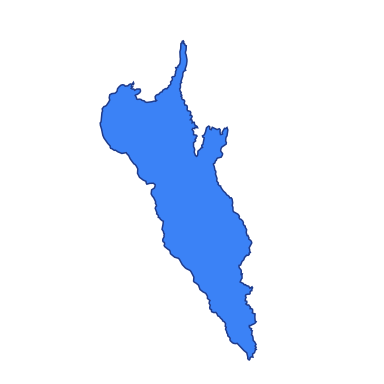 Ponte Alta do Bom Jesus, Tocantins, Brazil, rotated 289°
{"feature_id": "56859067B8976665004263", "entity_name": "Ponte Alta do Bom Jesus", "entity_type": "district", "adm_level": 2, "iso_a3": "BRA", "parent_name": "Brazil", "parent_adm1": "Tocantins", "projection": "albers", "projection_center": [-46.566, -12.067], "detail": "fine", "context": "isolated", "style": "filled", "palette": "blue", "viewbox_px": 384, "rotation_deg": 289, "n_neighbors": 0, "source": "geoboundaries", "source_scale": "gbopen_adm2", "svg_char_len": 6058}
<svg xmlns="http://www.w3.org/2000/svg" viewBox="0 0 384 384"><g transform="rotate(289 192 192)"><path d="M64.1,304.0L64.5,302.8L66.1,303.2L66.9,301.8L68.7,302.2L70.7,300.0L71.6,298.2L74.5,296.9L75.7,296.0L76.4,294.8L78.0,294.6L79.3,294.1L80.4,294.2L80.7,292.8L82.2,292.7L82.2,291.2L83.1,290.0L84.4,289.7L84.6,290.8L85.6,291.5L87.5,293.5L88.9,294.5L90.3,294.9L90.6,293.7L94.3,292.1L97.3,291.3L97.2,289.9L97.5,288.3L99.1,288.2L100.8,287.4L101.1,286.1L100.7,284.9L102.2,284.7L102.8,283.5L103.7,282.4L103.1,281.2L103.7,279.4L105.0,280.0L106.5,279.4L106.5,277.7L108.7,277.3L110.0,277.5L111.0,276.3L112.5,276.5L113.5,277.9L114.0,279.4L114.8,280.0L116.3,279.5L117.5,279.7L118.2,280.7L119.9,280.2L121.1,280.5L121.9,279.6L119.9,278.1L121.4,276.2L121.2,273.9L121.8,272.8L121.3,271.5L122.2,270.3L122.6,266.8L125.6,267.0L126.8,267.4L129.7,266.3L130.8,266.2L130.1,265.3L133.4,264.3L134.4,263.6L135.7,261.4L136.8,260.7L138.0,260.4L138.7,261.7L142.6,261.9L144.8,263.0L147.4,263.0L148.5,263.7L149.9,264.1L150.4,265.7L151.5,266.4L152.8,265.9L153.8,266.9L154.9,265.8L156.4,265.2L157.8,264.2L163.3,265.1L164.6,264.2L165.3,263.2L166.1,260.9L167.5,260.6L168.2,259.7L169.1,259.1L168.8,258.2L171.5,256.4L174.2,255.9L175.9,253.9L177.1,253.4L177.3,252.2L178.5,250.8L179.7,250.6L181.0,249.5L182.1,247.3L182.1,245.9L183.2,244.8L184.4,244.7L185.3,243.8L186.0,242.5L186.9,237.5L188.2,236.6L190.8,235.7L192.3,234.4L195.0,234.0L198.4,232.2L199.3,230.9L198.7,229.6L199.8,228.6L200.4,227.2L200.6,225.8L202.0,224.0L203.1,221.4L204.5,219.4L206.0,217.6L207.0,217.1L206.8,216.0L207.8,214.1L209.1,214.0L210.4,211.8L213.0,211.2L216.7,208.3L218.1,208.2L219.4,207.7L220.1,206.6L223.5,204.6L224.6,203.5L225.7,203.1L226.7,204.1L229.1,204.1L230.0,204.7L231.1,204.6L232.3,205.0L234.5,208.3L237.1,208.7L238.3,208.4L239.8,206.1L240.8,205.5L242.6,205.3L244.1,205.5L248.4,208.7L250.0,208.4L251.0,207.3L253.8,206.5L255.1,206.4L256.5,206.8L262.3,205.7L264.4,204.1L262.9,203.2L262.8,202.0L258.2,201.1L256.8,202.0L256.0,201.2L255.6,200.2L258.0,198.9L260.0,198.4L260.7,197.2L259.2,195.4L259.8,190.1L257.1,189.8L257.3,188.3L259.4,187.5L259.8,186.4L258.7,185.5L257.3,184.8L253.2,185.2L250.1,185.0L248.4,183.6L247.4,184.5L247.2,185.9L240.7,186.8L239.4,186.0L238.2,186.5L237.5,187.4L236.5,186.2L235.1,185.8L232.5,184.3L229.9,185.1L228.4,185.3L227.2,184.8L227.7,183.3L230.4,181.1L233.0,180.7L234.3,179.8L235.3,178.7L239.1,177.4L241.5,178.8L242.8,177.7L244.0,178.3L245.3,178.1L246.5,178.6L247.1,177.8L246.7,174.8L249.7,173.8L251.1,171.7L252.5,172.1L252.8,173.9L254.0,173.7L254.6,176.4L255.6,175.5L256.2,173.1L257.1,172.2L258.6,171.5L258.4,170.5L257.5,169.6L258.9,169.2L260.1,168.3L259.8,166.9L262.3,167.5L263.6,167.5L264.3,166.4L263.9,165.3L266.7,165.0L267.6,164.1L267.5,161.3L268.6,160.4L270.3,160.1L271.8,159.3L272.2,158.1L271.9,157.0L273.6,155.7L275.6,155.5L276.5,154.2L276.3,152.8L277.1,151.8L278.4,151.6L279.0,150.4L280.1,150.9L281.5,149.2L282.7,149.3L283.3,148.2L285.5,146.7L286.5,147.1L287.6,146.9L290.7,145.7L292.2,146.5L292.9,145.6L298.6,145.5L301.3,144.7L303.2,144.8L305.1,146.4L305.7,145.5L310.4,145.4L313.8,144.7L315.6,144.1L319.9,141.7L320.9,140.7L322.3,140.2L324.2,140.2L328.4,139.0L328.4,137.9L329.7,136.7L329.6,135.5L331.2,135.5L332.1,134.5L331.3,133.7L329.9,133.8L328.7,133.2L323.6,134.7L320.7,134.9L315.4,137.0L314.2,137.7L310.4,138.6L308.8,138.7L306.4,137.7L305.1,137.9L304.3,136.1L302.6,137.5L300.4,137.2L299.1,137.8L297.6,137.7L296.6,138.2L295.4,137.6L294.9,136.4L293.9,135.6L292.8,136.5L291.5,136.9L289.0,135.9L288.0,136.6L287.0,136.7L285.7,136.2L284.7,135.3L283.5,135.7L282.5,134.9L281.4,134.7L281.1,133.2L278.6,131.2L277.1,131.2L275.9,129.7L273.3,128.6L272.8,127.4L271.6,126.5L270.2,126.1L268.6,126.8L267.4,127.6L267.0,128.7L265.9,127.9L265.7,126.7L264.2,124.5L262.0,120.1L261.9,118.4L262.6,117.4L262.4,114.7L262.9,113.7L262.7,112.0L261.9,110.6L261.9,109.4L263.2,108.7L264.9,106.8L266.0,107.7L266.5,108.6L268.9,110.2L270.3,110.5L271.5,110.1L272.4,109.2L271.4,106.3L269.5,104.7L270.4,103.4L269.9,102.1L270.2,100.7L272.1,101.6L272.1,100.3L274.3,100.3L274.2,98.8L273.3,97.7L271.5,96.8L270.9,95.5L270.3,94.4L270.9,93.5L271.0,92.3L270.7,91.2L269.8,90.0L267.9,88.9L265.5,88.0L262.8,88.3L261.5,87.8L260.3,87.0L258.9,84.1L257.2,82.6L254.2,83.0L252.1,84.3L249.7,83.9L246.0,82.9L244.9,82.1L244.1,80.9L241.4,80.0L239.4,81.1L237.8,81.0L229.5,83.0L228.4,83.1L227.4,82.7L225.2,83.7L221.9,86.1L216.6,89.2L214.3,91.3L210.5,96.6L208.8,99.7L207.6,100.1L206.8,100.9L206.9,102.0L206.1,104.9L206.6,106.1L205.9,108.7L205.6,113.1L207.8,117.0L206.3,118.9L206.2,119.9L203.3,122.7L202.2,124.2L199.7,127.9L199.5,129.2L198.8,130.4L197.1,132.3L196.2,133.2L191.9,134.4L188.8,137.6L187.4,141.9L187.1,145.0L185.6,145.8L184.7,146.8L186.4,149.2L187.7,152.6L187.0,154.7L185.6,155.2L183.5,155.1L180.9,153.1L176.9,154.0L175.0,156.1L174.3,157.5L170.9,160.8L169.3,161.1L168.3,162.4L167.2,163.0L166.2,162.5L164.6,162.5L160.9,165.6L159.8,165.7L159.4,166.9L158.6,168.0L157.0,168.4L157.1,169.7L156.0,170.9L155.1,173.3L155.1,174.4L152.1,175.1L146.9,175.8L145.4,177.8L143.9,178.6L143.4,179.5L141.9,179.6L140.6,180.2L138.1,179.8L136.9,180.0L135.7,180.7L135.2,182.4L133.8,183.1L132.4,183.0L131.5,183.9L129.9,188.4L129.7,189.6L128.8,190.6L126.7,191.7L126.2,192.8L124.7,196.8L124.9,200.7L124.2,202.1L120.2,206.4L118.2,210.1L117.7,211.6L117.2,215.7L116.4,217.0L112.1,221.5L108.2,222.5L107.5,223.5L107.1,225.6L106.0,228.5L102.4,231.3L101.2,234.7L100.7,238.0L98.6,240.5L96.3,241.3L95.3,244.3L94.0,244.1L92.3,244.4L90.9,246.1L88.6,246.3L87.3,247.0L87.1,248.7L86.1,248.9L85.2,249.6L85.1,252.0L85.9,253.7L85.2,255.0L83.3,256.7L83.1,258.6L82.1,259.9L81.0,262.4L80.1,262.9L79.9,264.6L78.6,266.5L75.7,267.2L75.3,268.4L73.3,268.3L71.4,270.2L70.3,270.7L68.9,272.3L67.6,272.7L67.1,274.2L66.1,275.7L64.8,275.9L63.9,276.6L62.6,279.4L62.5,281.0L62.9,282.8L63.6,284.0L59.0,292.7L57.8,296.1L54.1,298.5L52.9,298.8L51.9,299.9L51.9,300.9L52.9,301.2L54.2,300.9L55.4,301.7L55.7,303.4L57.3,302.4L58.7,302.1L60.4,303.4L63.1,303.3L64.1,304.0ZM274.3,100.3L274.4,101.6L275.5,101.7L276.6,100.9L274.3,100.3Z" fill="#3b82f6" stroke="#1e3a8a" stroke-width="1.5"/></g></svg>